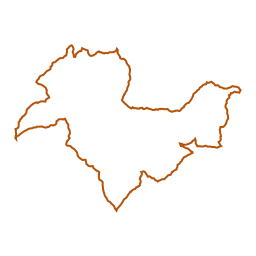 Gran Chimu, La Libertad, Peru (Robinson projection)
{"feature_id": "86281439B8302617209197", "entity_name": "Gran Chimu", "entity_type": "district", "adm_level": 2, "iso_a3": "PER", "parent_name": "Peru", "parent_adm1": "La Libertad", "projection": "robinson", "projection_center": [-78.617, -7.596], "detail": "fine", "context": "isolated", "style": "outline", "palette": "amber", "viewbox_px": 256, "rotation_deg": 0, "n_neighbors": 0, "source": "geoboundaries", "source_scale": "gbopen_adm2", "svg_char_len": 5766}
<svg xmlns="http://www.w3.org/2000/svg" viewBox="0 0 256 256"><path d="M66.3,143.6L66.3,144.5L66.9,145.5L70.4,146.1L72.6,148.2L74.1,148.9L76.8,152.0L77.5,154.1L77.5,155.3L78.6,157.1L81.7,159.5L83.0,160.1L85.0,159.6L85.6,159.8L86.5,164.1L87.7,165.0L88.4,165.9L90.9,166.4L92.7,166.0L93.2,167.4L93.8,168.4L96.7,170.7L98.5,171.5L99.3,172.2L98.8,174.1L99.0,175.1L98.8,175.9L98.9,177.9L99.5,179.7L100.8,180.3L102.1,181.4L102.6,182.1L102.7,183.1L102.6,185.8L102.9,186.9L103.2,190.1L104.8,195.5L105.3,196.5L106.6,198.1L107.8,200.9L110.0,201.9L111.6,203.9L112.8,204.8L113.8,205.8L114.6,207.3L114.9,208.5L116.5,210.6L117.2,208.5L118.2,207.7L121.7,203.5L123.9,199.5L124.8,198.7L125.8,198.1L126.9,196.9L128.5,194.2L129.9,192.5L130.2,191.8L131.1,191.7L131.3,191.1L131.9,190.8L132.3,190.2L134.6,188.9L135.2,188.9L135.7,188.5L135.9,187.7L136.5,187.2L137.8,186.9L138.5,186.0L139.4,185.9L139.7,185.6L139.9,185.2L139.9,183.5L140.4,183.0L140.7,181.8L140.4,180.1L139.8,178.7L140.1,178.3L140.3,177.0L141.1,176.2L141.2,175.8L141.9,174.7L141.6,172.6L141.3,172.1L142.0,172.1L142.9,171.4L143.9,171.4L144.7,171.8L146.0,173.4L147.4,176.0L148.2,176.2L148.1,176.6L149.5,176.3L150.3,176.7L150.8,177.4L151.8,177.9L152.3,178.4L153.1,178.2L154.0,178.4L155.2,180.1L156.9,180.8L157.6,181.5L159.5,180.4L162.1,179.3L164.3,179.2L168.4,175.1L170.6,174.8L171.5,173.1L171.8,172.2L172.6,172.0L173.1,171.3L174.8,170.2L176.4,169.6L176.6,168.6L177.4,166.9L177.5,164.9L179.8,163.4L180.2,162.3L181.5,161.5L182.0,160.1L183.6,157.7L184.8,156.7L186.0,156.5L187.4,155.3L190.2,154.2L191.1,153.3L192.4,153.1L192.6,152.4L192.4,151.9L190.7,151.1L187.9,148.5L186.0,148.2L182.5,146.2L180.9,146.1L180.0,143.5L182.4,144.1L183.6,144.9L186.3,144.6L188.6,143.9L191.5,142.5L192.7,140.8L194.3,140.1L195.1,138.8L195.6,140.1L195.8,143.6L197.4,146.3L198.9,146.1L200.0,146.5L201.5,146.3L203.1,146.6L204.5,146.0L205.8,145.7L207.5,146.6L210.7,146.6L211.9,147.0L214.1,147.0L217.0,147.7L221.1,146.0L220.5,145.5L218.6,142.0L220.0,141.1L220.8,139.7L220.4,136.9L221.0,136.4L220.9,135.6L220.1,132.8L220.1,130.7L219.7,129.9L220.3,128.4L220.3,127.2L220.5,127.0L223.2,126.9L224.7,125.6L225.3,124.5L226.1,123.7L226.7,121.0L228.2,118.5L228.0,115.8L227.4,114.4L227.2,113.3L227.3,110.9L227.0,109.5L225.5,107.2L225.4,106.5L225.9,104.3L226.9,103.0L226.6,101.8L226.6,100.8L227.5,99.2L229.2,97.8L229.4,97.0L229.0,95.1L230.4,94.8L230.9,93.1L232.1,93.2L234.5,91.7L236.8,92.4L238.9,92.3L239.3,92.6L240.6,90.1L239.4,88.9L238.6,87.5L235.7,86.6L233.9,86.6L232.6,86.1L232.1,86.2L230.9,87.2L228.4,88.0L226.9,88.7L224.9,88.4L224.0,88.6L221.9,87.5L219.8,87.1L219.5,86.5L218.0,85.2L215.9,85.5L215.0,85.2L213.9,83.5L212.8,82.9L211.3,81.7L209.1,82.7L207.7,82.8L206.9,82.3L206.1,84.2L204.2,84.5L202.5,85.4L201.7,86.6L200.0,87.5L198.9,89.4L197.6,90.2L195.9,92.1L193.8,93.7L193.3,94.4L193.1,95.8L192.1,97.9L190.9,100.0L188.8,102.8L187.0,103.3L185.4,104.5L184.8,105.5L184.1,106.0L184.1,106.7L183.8,107.2L182.9,107.6L182.0,108.6L181.4,108.8L180.7,110.2L179.4,111.1L177.5,110.5L176.2,110.7L175.5,110.6L174.9,111.1L173.0,111.4L172.3,111.8L171.7,111.7L169.7,111.0L167.4,109.0L164.6,109.3L162.1,108.8L161.2,109.2L160.3,108.8L159.0,109.0L158.1,109.9L156.5,109.2L156.0,109.5L155.4,109.3L154.9,109.8L153.8,110.1L152.6,110.0L150.5,109.0L148.4,108.8L147.9,108.2L146.8,107.8L146.2,108.1L145.6,108.7L143.6,109.1L143.2,109.0L142.8,108.3L142.0,107.7L141.0,108.1L140.0,108.0L139.3,108.7L138.7,108.7L137.5,108.4L136.6,108.5L135.9,108.1L133.9,108.2L132.5,107.2L131.6,108.3L131.2,108.5L127.7,106.1L126.3,104.5L125.3,103.9L122.3,100.7L121.9,99.9L122.7,98.6L123.0,96.9L124.0,95.3L124.0,94.5L124.7,94.1L125.7,91.8L126.9,90.3L127.2,89.4L127.2,88.1L128.7,85.1L128.8,84.2L128.4,82.1L129.3,80.6L130.2,79.8L130.3,78.3L130.0,77.6L130.1,76.4L129.4,74.7L130.0,70.6L130.0,69.1L129.4,67.9L129.2,66.1L128.1,65.2L127.4,64.3L126.4,62.5L126.2,61.2L125.9,60.8L124.6,59.4L123.4,58.8L121.2,58.8L120.2,58.1L120.0,57.6L120.0,56.7L117.4,52.8L117.8,50.1L116.9,48.9L116.6,49.8L115.5,51.1L114.4,51.8L113.5,52.2L109.2,52.3L108.0,53.2L105.2,52.9L104.2,53.4L103.6,53.1L102.5,53.1L101.6,52.3L100.2,52.4L99.0,51.4L98.2,51.9L97.6,52.0L96.1,53.1L95.7,54.0L94.5,54.7L93.5,55.0L92.8,55.6L91.6,55.9L90.0,55.7L89.6,55.3L88.1,52.9L87.8,50.7L87.5,50.3L85.2,49.6L82.1,48.2L81.3,51.0L80.8,51.2L80.0,51.0L77.8,52.3L76.9,53.5L76.0,54.0L75.5,56.3L75.0,57.1L74.4,57.1L73.9,56.7L73.5,54.1L72.7,52.2L73.6,49.3L73.5,48.5L72.4,46.0L71.8,45.5L71.3,45.4L69.7,46.3L68.6,47.8L67.1,48.9L66.9,49.8L67.0,51.9L66.3,55.4L64.6,56.1L63.1,57.9L62.3,58.1L60.1,58.1L58.3,59.3L57.9,59.9L56.5,60.7L55.9,61.6L54.6,62.4L53.7,62.3L52.6,62.9L52.3,63.6L52.3,65.2L51.4,66.4L50.6,66.7L50.4,67.0L50.6,68.2L50.4,69.1L49.3,69.9L47.0,71.0L43.2,75.0L42.0,75.3L39.9,76.3L39.3,77.2L38.8,78.7L37.1,80.3L36.3,82.0L38.5,84.1L40.7,84.4L43.1,85.7L45.6,87.6L46.8,90.2L46.5,91.8L46.8,93.6L47.7,95.0L48.3,95.5L49.2,97.6L47.3,98.6L45.9,99.7L45.4,101.6L40.9,101.3L37.5,103.1L36.9,102.4L36.3,102.3L32.9,103.9L31.9,104.9L30.6,105.8L30.2,106.4L29.5,106.8L28.9,107.9L28.1,108.3L26.8,109.5L26.3,112.8L24.5,115.4L23.4,115.9L22.4,117.1L21.8,117.3L21.5,118.4L20.2,119.4L19.7,121.2L18.7,122.2L18.7,124.6L18.5,127.0L18.3,127.5L16.8,128.6L15.6,128.9L15.4,129.1L15.9,130.7L15.8,132.5L16.2,133.3L16.1,134.5L15.7,135.9L15.4,137.7L15.5,138.3L16.0,138.9L15.9,138.2L16.5,136.6L19.0,135.3L20.4,133.9L24.9,130.7L26.3,130.4L27.0,129.7L28.7,128.8L32.5,128.1L33.5,127.5L36.0,127.4L36.8,126.7L40.9,126.7L41.6,126.4L44.8,127.5L46.7,127.5L47.3,127.1L48.9,126.8L50.8,125.2L51.7,125.1L53.4,125.5L55.6,124.5L56.2,123.8L56.6,121.1L57.7,120.6L58.3,119.7L58.9,119.3L62.0,119.2L63.2,119.5L64.9,118.7L65.3,119.2L65.6,120.3L66.0,120.5L66.8,122.8L68.3,124.4L68.3,127.8L69.6,130.5L70.0,133.2L68.6,136.1L68.8,137.0L69.7,138.1L68.0,140.3L67.1,141.1L66.3,143.6Z" fill="none" stroke="#b45309" stroke-width="2"/></svg>